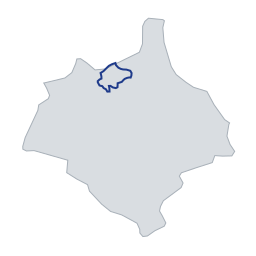 where Štrpce sits in Kosovo, rotated 178°
{"feature_id": "KOS-5914", "entity_name": "Štrpce", "entity_type": "District", "adm_level": 1, "iso_a3": "XKX", "parent_name": "Kosovo", "parent_adm1": "", "projection": "natural_earth1", "projection_center": [20.995, 42.226], "detail": "fine", "context": "in_parent", "style": "outline", "palette": "blue", "viewbox_px": 256, "rotation_deg": 178, "n_neighbors": 0, "source": "natural_earth", "source_scale": "10m", "svg_char_len": 1509}
<svg xmlns="http://www.w3.org/2000/svg" viewBox="0 0 256 256"><g transform="rotate(178 128 128)"><path d="M60.9,86.0L76.2,81.4L78.4,78.1L74.9,71.1L77.0,66.6L95.2,54.1L98.3,48.4L99.4,43.9L96.9,39.2L93.5,31.8L95.2,28.6L104.7,24.4L112.4,19.4L116.9,19.0L119.8,22.6L119.8,26.3L122.3,32.5L128.0,35.9L137.4,41.4L148.3,45.2L156.9,52.7L168.7,66.2L170.4,72.8L181.0,78.8L190.8,85.5L189.3,97.9L222.7,108.7L230.3,108.6L233.8,110.5L233.8,113.3L231.1,122.0L217.5,148.7L216.4,154.2L206.6,160.1L205.2,163.4L208.0,170.8L210.6,175.9L210.4,175.9L189.3,180.2L182.2,185.3L178.0,194.2L176.7,198.8L172.9,198.9L166.7,194.3L158.9,187.2L148.7,187.8L114.0,203.3L110.6,211.5L109.8,229.2L107.4,234.0L103.7,237.0L89.4,235.1L87.9,233.9L89.7,227.1L89.0,212.3L82.6,187.7L78.0,179.7L68.5,171.7L61.1,166.4L47.9,161.8L41.2,148.3L31.1,133.0L26.3,129.5L27.1,128.0L29.4,116.4L26.6,108.0L22.2,100.9L25.2,96.5L34.5,96.6L42.2,97.4L45.0,90.5L60.9,86.0Z" fill="#d9dde1" stroke="#a8b0b8" stroke-width="1"/><path d="M153.5,183.9L150.5,185.7L146.4,189.5L144.9,190.8L141.8,192.3L138.3,193.4L137.8,191.2L135.5,188.6L133.1,187.3L130.9,186.7L127.5,186.4L123.7,185.1L122.5,182.8L122.8,180.2L123.6,178.3L125.0,178.5L127.2,178.1L129.6,177.2L131.0,176.0L132.6,174.3L136.8,173.1L136.9,171.0L137.1,169.1L138.8,168.3L141.8,169.1L144.0,170.7L145.6,170.7L145.2,168.3L145.2,165.1L147.4,165.1L148.7,167.5L150.9,168.7L152.2,170.7L155.0,171.5L156.6,174.7L156.6,175.9L154.7,177.5L152.8,178.3L152.8,180.7L153.5,183.9Z" fill="none" stroke="#1e3a8a" stroke-width="2"/></g></svg>